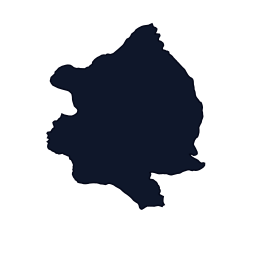 Conceição das Alagoas, Minas Gerais, Brazil (Robinson projection), rotated 152°
{"feature_id": "56859067B76812944203742", "entity_name": "Conceição das Alagoas", "entity_type": "district", "adm_level": 2, "iso_a3": "BRA", "parent_name": "Brazil", "parent_adm1": "Minas Gerais", "projection": "robinson", "projection_center": [-48.354, -19.942], "detail": "fine", "context": "isolated", "style": "filled", "palette": "ink", "viewbox_px": 256, "rotation_deg": 152, "n_neighbors": 0, "source": "geoboundaries", "source_scale": "gbopen_adm2", "svg_char_len": 4590}
<svg xmlns="http://www.w3.org/2000/svg" viewBox="0 0 256 256"><g transform="rotate(152 128 128)"><path d="M196.8,102.9L195.8,102.1L194.6,101.2L193.2,99.9L191.9,99.1L190.6,98.5L188.9,97.9L187.7,97.6L186.5,97.1L185.1,96.5L183.8,95.9L182.5,95.1L181.1,94.3L179.7,93.1L178.4,91.7L176.9,90.8L175.7,89.9L174.4,88.8L173.2,88.6L172.0,88.6L170.7,88.2L169.3,87.1L168.0,85.7L167.0,84.4L166.0,82.4L165.1,81.0L164.1,79.5L163.2,78.1L162.7,76.8L162.2,75.2L161.5,73.5L160.9,72.1L160.2,70.9L159.4,69.3L158.6,67.5L158.1,66.2L157.6,64.8L157.2,63.2L156.9,61.7L156.2,60.2L155.4,58.7L154.5,57.3L154.2,55.4L154.5,53.9L154.9,52.5L154.8,51.0L153.9,49.9L152.7,50.0L151.6,50.0L150.3,50.2L148.8,50.2L147.5,50.2L146.5,49.6L145.5,49.1L144.6,48.6L143.3,47.9L141.5,46.8L140.0,46.4L138.6,46.0L137.1,45.3L135.7,43.9L134.7,42.8L133.4,43.4L132.1,43.3L132.2,45.2L131.7,47.0L131.0,48.2L130.2,49.5L129.1,50.9L129.8,51.8L130.6,53.0L131.3,53.9L131.6,55.4L130.4,56.2L129.5,57.0L128.9,58.2L129.1,59.6L128.3,61.0L128.2,62.8L128.7,64.0L128.4,65.2L128.5,66.7L129.5,68.8L130.1,70.3L131.0,71.1L132.1,71.7L132.9,72.5L132.7,73.7L131.6,74.9L130.7,75.4L129.8,76.5L129.6,78.3L128.3,78.3L126.9,77.6L125.6,76.6L124.3,75.3L123.0,74.0L122.0,73.2L120.8,72.6L119.7,72.1L118.4,71.6L117.0,70.6L115.5,69.9L114.7,69.2L113.7,68.0L112.5,66.9L111.3,66.2L109.8,65.9L108.3,65.5L107.0,65.2L105.7,64.9L104.5,64.4L103.4,64.0L102.1,64.0L100.3,64.1L98.9,63.9L97.3,63.6L95.9,63.4L94.7,63.1L93.4,62.5L92.2,61.2L91.1,60.3L89.7,60.1L88.2,59.0L86.8,58.4L85.4,58.1L84.3,58.0L83.0,58.0L81.8,58.1L80.6,58.2L79.4,58.5L78.0,59.2L77.0,60.9L78.0,61.9L79.5,62.2L80.5,63.3L81.1,64.9L81.5,66.5L82.7,68.4L83.8,69.8L84.6,71.2L85.4,72.5L85.8,73.8L85.9,75.8L84.5,75.5L83.5,74.3L82.8,73.1L80.9,72.5L79.1,72.8L78.4,74.3L78.3,76.2L78.2,78.2L78.2,79.8L78.3,81.4L78.1,83.2L77.0,84.3L76.0,85.3L74.9,86.3L73.5,87.0L72.3,87.6L71.0,87.6L69.9,88.4L68.8,89.6L67.7,90.8L66.8,92.3L66.1,93.7L65.5,95.2L64.4,96.2L63.1,97.2L62.1,97.9L61.1,98.5L60.2,99.5L59.3,100.6L58.4,101.3L57.3,102.3L56.5,103.3L55.9,105.1L55.1,106.8L54.7,108.5L53.7,110.0L52.8,111.2L52.2,112.8L51.8,114.6L51.7,116.3L52.7,117.3L52.8,119.3L53.2,121.2L53.4,122.5L53.5,123.8L53.2,125.6L52.5,127.3L52.1,128.5L51.9,129.8L51.7,131.2L51.0,132.5L50.5,133.9L50.0,135.8L49.2,137.5L48.5,139.0L48.2,140.7L48.6,142.0L49.7,143.6L50.2,145.1L50.5,146.4L50.6,148.0L50.7,150.1L50.7,151.3L50.7,152.7L51.1,154.3L51.7,155.8L52.0,157.1L52.4,158.5L52.8,160.0L53.2,161.7L53.7,163.1L54.0,164.7L54.4,165.8L54.7,167.0L55.2,168.6L55.4,170.2L55.9,171.7L57.1,174.0L56.5,176.1L57.3,177.3L58.3,177.9L59.0,179.1L60.0,179.9L60.8,180.8L60.5,182.1L59.5,183.3L58.1,184.0L57.5,185.3L57.4,186.6L58.0,188.0L58.5,189.1L59.4,189.8L60.1,191.1L59.4,192.6L58.0,193.7L56.6,194.5L56.3,196.0L57.5,196.8L58.5,197.5L59.8,198.3L58.7,199.6L57.3,200.5L56.1,201.9L56.6,203.5L57.5,204.5L58.3,205.6L58.0,207.4L57.9,208.7L59.6,208.8L61.6,208.9L66.2,210.6L68.1,211.0L71.4,211.1L74.7,210.8L76.9,209.7L80.5,209.1L82.7,207.5L84.6,206.7L87.2,206.8L88.8,206.0L92.1,203.9L93.7,203.2L99.7,201.7L105.9,200.4L109.0,200.9L110.2,201.8L111.1,202.6L112.1,202.9L113.4,202.6L115.2,203.8L117.1,204.4L119.4,204.3L121.9,204.4L125.1,203.9L128.1,202.7L129.6,200.9L132.1,200.7L133.9,200.0L135.7,200.6L138.4,200.4L141.0,201.9L142.4,202.7L143.5,203.7L145.7,204.6L147.4,206.3L148.2,207.6L148.6,208.7L149.5,210.2L150.5,211.0L152.0,211.9L153.6,212.4L157.2,213.2L161.0,213.2L163.6,212.2L165.9,211.6L167.0,210.0L172.0,208.7L173.0,207.6L174.4,205.9L174.5,203.5L174.1,201.2L170.7,196.5L167.4,193.2L163.6,189.7L162.5,188.3L161.5,185.4L161.5,183.9L162.3,181.5L163.4,179.2L163.9,177.7L164.9,172.6L163.7,169.0L163.7,167.3L164.8,165.8L166.1,164.9L168.3,164.5L170.6,164.5L172.4,164.9L174.8,166.3L177.0,168.2L178.2,169.2L179.8,171.3L180.6,170.4L181.6,169.7L182.4,168.7L183.7,168.6L184.9,168.4L186.0,167.8L187.1,167.6L188.3,167.6L189.1,168.4L190.4,168.4L191.6,168.0L192.0,166.6L192.2,164.2L193.1,162.7L194.7,162.6L196.0,162.0L197.0,161.3L198.1,160.8L199.7,161.4L200.9,161.8L201.9,161.3L201.5,159.3L202.4,158.0L203.6,157.1L202.4,155.8L202.9,154.5L204.5,153.9L205.6,153.7L204.7,151.9L206.0,151.2L206.8,150.3L207.7,148.9L207.8,147.1L206.9,145.8L206.0,144.7L205.6,143.4L204.5,142.2L203.6,140.8L203.2,139.5L202.1,139.0L201.3,137.8L200.2,137.3L198.9,137.0L197.5,136.6L196.7,135.0L195.4,133.6L194.3,132.1L193.0,130.7L193.4,129.4L193.8,127.9L192.9,126.8L192.8,125.3L193.0,123.3L193.1,121.5L193.6,120.4L194.5,119.5L195.0,118.2L196.1,117.1L196.3,115.3L197.6,114.6L198.6,113.3L198.8,112.1L198.9,110.8L198.9,109.5L198.5,108.3L198.7,107.1L197.7,105.6L197.6,103.7L196.8,102.9Z" fill="#0f172a" stroke="#020617" stroke-width="1.5"/></g></svg>